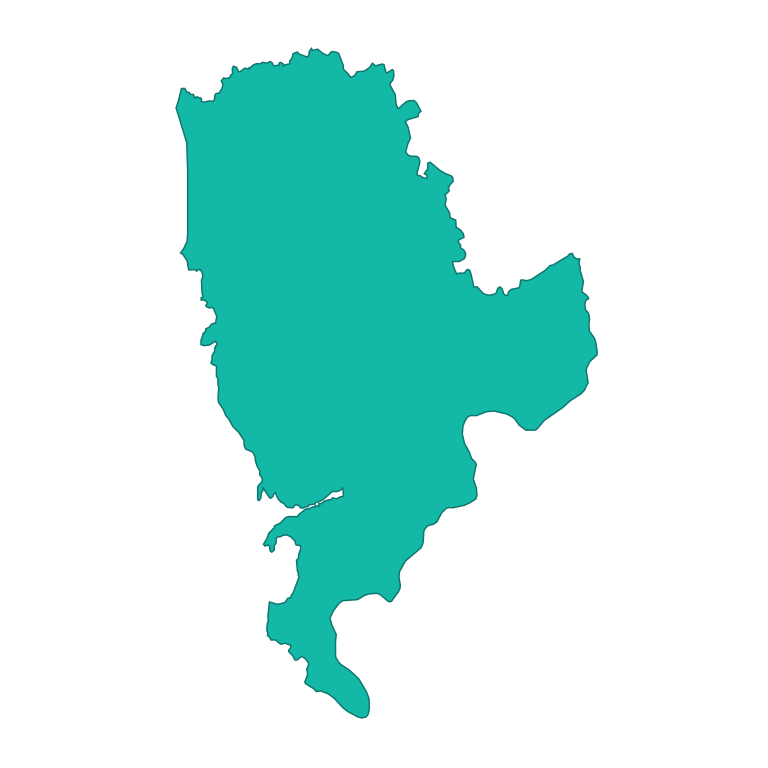 Lilala, Maseru, Lesotho, rotated 181°
{"feature_id": "5366337B93833812873267", "entity_name": "Lilala", "entity_type": "district", "adm_level": 2, "iso_a3": "LSO", "parent_name": "Lesotho", "parent_adm1": "Maseru", "projection": "robinson", "projection_center": [27.404, -29.498], "detail": "fine", "context": "isolated", "style": "filled", "palette": "teal", "viewbox_px": 768, "rotation_deg": 181, "n_neighbors": 0, "source": "geoboundaries", "source_scale": "gbopen_adm2", "svg_char_len": 6151}
<svg xmlns="http://www.w3.org/2000/svg" viewBox="0 0 768 768"><g transform="rotate(181 384 384)"><path d="M462.5,718.3L464.6,715.1L465.0,711.2L466.4,709.5L475.1,712.6L476.3,714.4L480.6,712.8L481.4,708.8L484.0,705.2L483.8,702.4L488.6,701.4L489.9,700.2L490.5,702.3L492.7,703.7L494.3,703.3L494.3,701.0L499.6,700.2L500.8,701.4L501.2,703.0L503.4,704.4L506.6,702.8L511.1,703.5L513.5,701.9L517.0,702.1L519.8,700.9L521.8,699.5L522.8,697.7L524.3,698.0L524.8,696.5L528.7,697.4L533.3,693.7L534.9,693.7L536.8,697.9L540.0,699.2L541.2,696.7L540.8,691.8L542.8,689.9L543.6,687.4L547.7,686.7L549.7,687.2L552.0,684.1L550.2,680.8L551.3,676.0L552.7,674.6L553.1,672.4L557.2,671.3L558.2,669.5L558.4,665.7L559.8,663.6L563.6,664.0L569.0,662.6L571.5,663.3L571.5,665.4L572.2,666.8L574.5,667.0L575.9,668.0L578.0,666.6L579.7,670.2L582.8,670.2L583.7,672.0L586.2,672.4L588.3,676.0L591.7,675.9L594.7,662.7L596.7,656.5L585.4,621.8L584.0,593.0L582.9,530.6L583.4,523.1L586.7,515.8L589.7,511.4L587.5,510.3L582.9,503.6L581.3,494.7L574.1,495.0L573.5,493.6L570.7,495.6L568.2,493.2L566.9,488.8L568.3,484.5L567.7,474.5L567.3,470.6L566.1,468.1L568.3,467.0L568.3,464.8L564.7,464.7L562.5,462.9L562.1,461.4L563.5,459.3L563.0,458.3L559.8,456.9L558.1,457.6L556.0,457.0L552.4,448.7L553.5,441.8L555.1,441.8L558.0,440.4L559.4,438.0L563.1,436.0L563.2,433.8L566.0,431.0L566.0,429.4L567.7,424.7L567.7,420.2L564.6,419.2L559.1,420.0L553.3,423.8L551.2,421.1L553.0,419.0L553.9,416.7L553.9,413.9L556.4,409.5L556.4,404.6L557.4,402.0L555.5,400.4L551.8,399.0L551.7,388.8L550.1,386.5L550.1,381.0L549.2,377.8L549.7,366.9L549.2,362.9L544.2,355.7L541.7,349.8L538.6,346.2L534.5,339.0L528.4,333.1L523.0,325.1L522.7,320.0L521.3,316.6L514.1,313.7L511.4,308.6L511.4,305.9L509.6,300.0L506.7,295.1L506.7,291.1L504.1,287.7L504.2,284.3L507.5,280.8L508.5,278.4L508.3,266.0L506.8,265.3L505.2,267.7L504.8,272.6L503.4,275.3L503.1,278.0L496.5,268.3L495.1,267.9L493.3,269.4L492.0,272.5L490.8,273.4L488.1,267.5L485.4,264.5L481.6,262.4L480.0,260.1L478.1,259.0L472.9,258.6L470.4,261.8L466.8,260.9L465.3,258.6L462.3,258.6L460.7,259.9L457.6,260.1L456.7,262.0L451.9,262.6L449.7,264.5L446.2,265.4L441.3,268.7L434.1,275.5L428.8,275.7L425.2,277.2L423.9,279.5L423.0,277.6L422.7,271.0L425.7,270.4L429.7,268.3L433.3,269.4L435.0,267.3L437.2,267.3L442.2,265.6L444.3,263.3L447.1,263.2L447.1,260.3L450.5,261.6L450.8,259.9L453.1,259.9L456.9,257.8L459.8,257.8L466.8,252.1L468.4,249.9L477.3,249.7L480.0,248.7L485.2,243.2L490.8,240.4L491.5,238.1L496.5,232.9L498.5,227.2L501.7,221.7L500.2,219.9L497.2,221.0L495.6,219.8L494.9,215.1L493.3,213.9L490.8,216.0L491.0,220.2L489.2,222.9L489.0,228.0L487.7,229.3L485.6,229.3L482.0,231.0L478.4,231.4L474.7,229.7L470.5,225.7L469.1,221.5L464.8,221.0L464.3,217.9L466.1,213.0L466.6,208.2L468.4,206.3L467.3,195.3L466.2,193.6L466.6,191.9L465.5,189.6L471.3,173.5L473.2,170.8L473.4,168.9L476.3,168.1L479.3,163.8L486.4,161.8L494.7,164.0L496.0,150.1L495.6,145.3L496.5,142.3L496.9,136.2L495.8,132.4L496.2,130.7L493.7,128.4L492.5,126.1L488.0,126.2L483.4,122.4L481.7,122.0L478.8,123.2L472.8,121.1L472.3,119.3L474.6,116.2L474.5,114.7L470.6,110.8L468.2,106.5L466.0,106.6L461.9,110.0L461.0,109.9L458.4,108.4L454.8,104.2L454.5,101.6L456.3,97.5L455.3,92.3L458.0,84.5L457.1,83.0L448.6,77.9L446.5,75.3L441.9,76.0L434.7,73.4L428.4,69.0L419.0,59.2L414.2,55.7L404.5,50.8L400.4,49.7L396.2,50.7L394.1,53.4L393.0,59.1L393.5,69.3L396.1,75.7L403.9,88.5L413.2,97.0L422.1,102.7L424.5,105.1L427.1,109.2L427.7,111.4L428.0,125.0L427.4,132.7L432.1,142.5L433.7,148.4L433.5,150.1L430.3,156.9L425.2,163.8L421.6,166.6L406.6,168.0L399.6,172.4L395.6,173.8L387.5,174.7L383.7,173.1L376.5,167.1L374.4,166.3L372.8,166.8L365.9,176.7L364.4,180.1L364.2,183.0L365.7,191.5L365.2,196.7L359.4,207.5L344.4,220.6L342.6,224.4L342.0,227.5L341.6,237.9L339.6,241.2L337.3,243.4L332.5,244.5L328.7,247.0L324.1,256.2L319.4,260.9L316.9,261.6L312.9,261.5L301.9,264.0L296.1,266.7L290.2,270.7L289.1,274.1L289.8,281.4L293.1,290.6L290.3,305.2L291.3,307.2L295.1,311.1L297.7,317.7L302.4,325.7L304.8,335.0L304.4,343.0L302.6,348.1L300.0,352.3L297.4,353.9L291.1,354.0L281.1,358.1L273.4,358.9L260.8,356.2L255.3,353.4L252.8,351.5L248.1,345.2L241.3,340.3L232.0,340.6L230.2,341.7L223.0,350.5L204.9,363.6L197.3,370.7L186.9,377.6L183.5,381.3L180.0,388.9L182.1,400.9L181.6,403.7L178.4,410.3L171.7,416.6L171.3,419.7L173.2,430.1L174.4,433.4L179.6,440.6L180.2,446.4L179.6,452.6L180.3,456.5L181.0,458.6L183.7,461.6L184.6,466.6L184.0,470.5L182.3,472.4L181.1,472.6L181.0,473.8L183.1,476.3L187.2,479.2L187.8,480.7L186.4,489.9L189.9,501.0L189.9,504.4L191.2,507.6L190.5,512.6L193.5,512.4L196.1,514.1L198.1,517.8L200.5,517.4L202.6,515.0L217.2,505.9L220.0,505.3L224.6,500.6L238.9,490.9L243.9,489.7L246.5,490.5L249.1,490.2L250.0,483.7L250.9,482.5L258.7,480.7L261.0,478.4L262.1,474.8L263.7,474.6L265.8,476.1L267.5,481.0L269.5,483.1L271.8,481.9L273.6,476.4L279.4,474.6L283.1,475.0L286.7,476.5L292.4,482.7L295.9,482.6L298.8,494.9L300.2,498.9L301.4,499.9L303.1,499.7L305.6,496.3L311.5,496.1L313.1,495.1L315.8,500.7L317.6,506.3L317.5,507.6L310.9,507.8L305.9,510.7L304.7,513.9L304.9,516.7L306.7,519.5L310.0,521.6L309.8,524.0L312.4,527.9L311.9,529.3L306.6,532.1L307.3,535.6L310.1,539.2L314.6,542.1L315.2,549.2L320.7,551.4L321.6,556.7L326.0,563.7L325.1,570.5L326.3,574.1L322.4,577.9L322.2,579.0L323.2,580.6L322.9,581.5L320.9,585.1L318.4,587.9L318.9,591.8L320.8,593.5L326.6,595.6L331.7,598.5L341.9,606.6L344.1,605.5L344.1,599.7L347.4,595.0L344.9,593.8L344.5,592.0L345.0,590.6L347.7,590.5L351.2,592.7L354.3,593.4L354.7,595.1L352.0,606.7L353.1,610.7L355.0,612.1L362.3,612.4L364.6,613.9L366.4,616.6L364.3,624.8L361.8,630.3L364.4,641.2L367.3,646.7L364.7,648.8L354.7,651.9L354.1,655.2L351.8,657.5L356.6,666.0L358.9,667.9L363.8,667.7L367.1,666.3L374.2,659.8L375.2,660.1L376.8,664.2L377.9,673.8L383.2,683.0L383.0,684.8L380.6,688.0L379.4,692.2L380.1,697.7L381.2,698.5L386.6,695.0L387.6,696.0L389.6,703.3L391.6,703.9L398.0,701.9L401.2,704.5L403.9,700.2L409.2,696.5L416.4,695.7L419.0,691.6L422.7,690.0L425.4,693.7L430.0,697.9L430.3,701.9L435.2,713.9L437.7,715.0L441.7,715.5L443.5,714.2L444.8,712.0L446.4,711.5L451.2,713.6L456.2,717.6L461.1,716.3L462.5,718.3Z" fill="#14b8a6" stroke="#0f766e" stroke-width="1.5"/></g></svg>